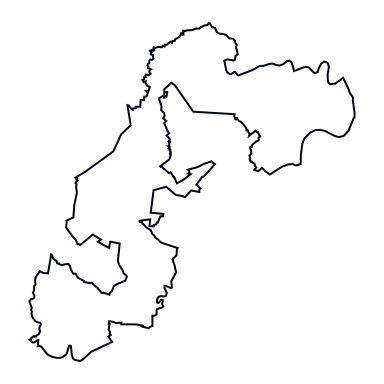 outline of Cosoleacaque, Veracruz, Mexico
{"feature_id": "50627088B31843590952822", "entity_name": "Cosoleacaque", "entity_type": "district", "adm_level": 2, "iso_a3": "MEX", "parent_name": "Mexico", "parent_adm1": "Veracruz", "projection": "albers", "projection_center": [-94.578, 18.006], "detail": "fine", "context": "isolated", "style": "outline", "palette": "ink", "viewbox_px": 384, "rotation_deg": 0, "n_neighbors": 0, "source": "geoboundaries", "source_scale": "gbopen_adm2", "svg_char_len": 5872}
<svg xmlns="http://www.w3.org/2000/svg" viewBox="0 0 384 384"><path d="M153.4,48.6L154.2,50.1L153.7,50.7L151.5,50.1L149.9,50.6L150.2,51.2L151.8,51.5L152.0,52.1L150.7,53.3L150.7,54.3L153.0,55.2L152.9,56.8L153.6,58.4L152.0,59.9L150.3,59.5L149.4,60.8L149.2,63.3L147.9,63.6L147.5,65.1L148.3,66.6L148.2,68.0L150.8,69.2L149.8,69.6L149.4,72.1L150.6,73.7L148.6,75.1L145.9,74.5L145.3,75.8L145.9,77.1L144.1,77.2L144.2,79.2L142.4,80.0L143.7,82.0L145.7,81.3L145.4,82.6L147.1,85.8L149.8,86.9L148.6,90.8L146.2,90.9L147.9,92.6L146.8,95.8L146.1,96.6L144.2,96.7L144.1,100.0L140.6,100.0L140.3,106.8L135.7,106.8L135.7,108.2L132.9,108.6L132.8,109.7L131.2,108.8L129.1,105.7L127.5,105.2L130.7,125.3L121.4,134.0L113.2,151.5L84.9,172.0L75.4,177.8L77.1,178.5L76.5,179.8L77.4,180.4L75.5,182.9L76.6,184.1L76.1,187.3L76.9,192.8L74.3,205.1L73.4,217.4L66.4,220.7L66.7,222.3L66.0,227.3L71.9,235.6L75.9,240.0L77.5,244.3L78.7,243.9L80.1,245.1L92.8,234.6L101.0,239.6L97.9,241.8L109.1,248.1L110.3,241.7L119.7,243.5L117.9,260.8L118.9,264.4L122.6,270.3L123.7,273.5L126.4,275.5L126.9,276.6L125.3,280.7L116.9,284.1L113.8,286.2L112.0,290.9L109.8,292.9L109.4,294.7L103.8,292.8L101.8,293.0L97.8,288.3L91.6,282.8L89.5,283.1L83.9,281.9L83.8,280.9L77.9,277.7L75.7,273.7L73.4,273.8L70.6,268.9L70.0,266.1L68.4,263.9L63.8,264.5L62.1,265.3L59.0,264.0L59.0,263.5L57.2,263.4L56.5,260.9L53.8,259.3L52.9,258.0L52.0,254.9L51.2,254.5L48.0,273.4L43.4,273.0L39.8,271.2L36.4,276.1L35.1,279.1L35.4,284.6L34.2,286.2L34.1,290.5L32.9,292.8L34.5,295.9L34.2,297.6L32.5,299.1L31.2,298.9L29.4,301.1L31.7,308.0L31.1,309.9L31.9,311.8L31.5,313.4L32.3,317.0L35.1,320.9L36.8,322.1L39.5,322.6L40.6,323.5L40.8,324.5L39.6,327.0L39.3,329.4L40.1,330.8L40.0,331.8L38.8,334.1L36.3,335.8L36.0,336.6L34.7,336.7L34.0,336.0L31.3,338.0L31.0,339.1L29.4,339.8L32.3,342.3L33.4,342.5L34.5,342.4L37.5,340.1L38.3,340.0L37.8,346.2L39.6,345.8L41.6,347.0L46.7,353.6L48.3,355.0L52.4,356.9L56.9,357.9L60.2,357.8L62.4,357.2L65.7,354.9L66.9,353.3L68.8,346.7L69.3,345.8L70.3,345.6L71.0,346.2L71.8,354.9L72.9,358.4L75.1,360.0L80.4,361.0L83.9,358.5L91.2,351.8L112.1,341.9L108.5,336.6L110.7,335.1L109.6,333.5L110.0,332.0L108.6,329.6L109.5,324.2L108.8,324.1L109.2,321.2L113.5,321.9L116.5,323.2L121.4,322.5L121.3,324.3L136.4,324.4L141.6,325.5L141.5,326.1L142.5,326.2L142.7,325.6L143.1,325.7L142.7,326.8L148.7,328.2L149.9,326.9L152.4,325.9L152.4,315.7L154.7,315.7L156.6,314.5L156.5,310.2L157.0,309.1L162.5,307.3L163.3,306.4L162.0,303.6L162.8,301.4L162.7,300.1L161.2,299.7L159.3,302.3L157.9,303.0L157.1,302.4L156.9,300.6L157.7,298.0L158.6,296.9L160.8,296.1L164.2,296.5L166.0,295.9L166.8,292.8L164.5,288.2L164.5,286.1L165.9,285.8L170.1,287.8L171.6,287.8L171.9,287.2L171.3,281.2L176.1,272.4L174.5,265.1L172.5,259.6L173.6,257.9L176.5,255.4L176.9,249.2L177.6,248.0L162.1,243.0L159.8,241.5L158.1,239.5L155.3,237.8L154.3,235.5L152.3,233.9L150.8,230.2L146.4,227.5L143.2,223.9L142.4,223.7L141.9,221.7L140.0,222.0L139.6,221.0L138.7,220.8L150.2,219.3L149.5,226.0L152.9,226.4L153.0,225.8L153.9,225.8L153.9,224.9L156.3,224.4L156.8,222.5L157.6,222.7L160.4,216.3L162.9,216.4L163.5,213.9L150.7,212.7L153.6,190.2L166.2,186.8L175.6,194.8L183.0,196.2L184.9,197.3L191.2,190.5L199.3,192.0L199.4,189.3L200.4,188.5L196.4,184.8L202.3,176.8L203.7,176.6L214.9,164.3L211.4,161.3L204.3,163.7L197.6,167.1L187.9,169.7L189.2,170.9L189.4,172.5L188.0,173.6L190.7,174.2L182.9,180.1L176.9,183.3L174.2,177.0L173.6,177.2L170.5,172.1L169.1,173.2L161.4,166.5L160.8,166.9L160.1,166.3L169.2,159.6L170.8,155.1L170.1,154.5L170.6,153.7L170.0,153.2L170.9,152.2L169.7,150.6L170.4,149.9L168.9,148.6L169.5,148.1L168.9,147.7L169.5,146.8L168.8,146.4L169.3,146.4L169.1,142.4L170.0,142.3L169.7,140.6L169.0,140.7L170.1,139.4L166.6,135.4L169.2,133.4L167.4,130.6L164.2,123.1L166.3,121.0L163.1,118.2L164.6,116.1L164.2,113.2L161.1,110.0L161.6,106.4L159.3,99.9L159.3,98.2L164.0,95.1L164.0,97.6L164.5,97.6L164.5,95.7L166.4,96.5L167.3,92.2L166.8,91.9L164.3,92.8L164.2,89.3L171.4,82.7L175.0,85.4L193.3,111.7L234.6,114.2L234.2,116.4L235.3,119.2L235.8,119.4L236.4,118.0L236.9,118.0L239.0,121.0L240.9,121.8L243.2,124.1L246.1,127.9L246.5,130.0L247.0,129.6L247.8,130.3L248.5,132.6L249.7,133.7L249.1,135.7L255.7,130.7L257.3,132.4L258.3,132.3L259.1,135.2L260.1,136.4L258.4,137.9L258.9,139.6L258.5,140.4L256.3,141.3L252.3,144.9L251.7,146.9L250.4,146.8L250.1,148.0L251.2,151.0L251.3,153.3L250.4,154.9L249.4,155.4L250.3,158.2L249.7,158.7L249.7,159.5L250.6,161.6L251.1,161.9L251.7,161.5L254.9,164.3L254.7,165.5L256.3,167.5L254.3,169.8L258.3,171.2L262.0,167.8L265.4,171.3L269.9,174.5L281.8,166.8L287.5,164.6L292.6,163.9L295.4,165.3L296.5,165.3L300.6,164.2L300.9,154.6L302.3,143.8L304.4,138.4L310.3,132.5L315.9,130.0L320.3,129.9L324.8,130.9L335.1,136.1L339.0,137.0L342.5,136.3L344.0,135.7L348.5,130.8L353.6,118.3L354.5,117.2L354.6,112.9L352.8,100.4L353.0,97.5L349.7,92.6L348.5,88.9L343.1,77.8L335.5,83.5L330.2,84.2L328.5,82.9L327.8,80.3L327.7,74.0L328.9,67.1L327.9,63.3L326.5,62.1L324.0,61.7L321.1,63.8L318.9,67.9L317.7,72.1L315.6,72.9L313.9,72.7L308.7,67.3L306.1,66.9L303.2,67.5L294.1,71.1L291.8,62.8L290.7,61.5L288.8,60.6L286.8,61.3L283.2,64.1L279.7,65.6L276.2,65.0L272.6,63.6L269.6,63.9L263.7,65.8L259.5,66.1L252.0,70.2L238.6,75.3L237.6,75.2L235.2,72.0L234.1,72.0L231.5,74.0L230.0,74.3L227.3,72.3L226.2,70.1L224.3,60.7L227.2,59.4L233.6,60.5L234.8,59.9L235.6,55.8L237.6,54.4L237.2,51.2L235.9,47.6L236.7,45.1L235.3,42.7L234.8,40.6L233.1,38.8L229.4,38.3L226.2,35.1L223.3,34.0L220.0,33.9L217.1,32.3L216.2,31.2L215.1,27.9L211.8,27.0L210.0,23.5L208.7,23.0L207.6,25.0L204.5,25.5L200.8,27.2L199.4,28.6L196.0,28.6L192.1,30.1L186.6,30.4L185.6,31.0L182.5,30.6L183.9,31.5L183.3,32.8L183.4,34.8L182.8,34.8L182.1,33.2L181.1,33.2L180.7,35.0L178.8,37.3L175.2,39.3L174.7,40.9L172.4,41.1L171.9,42.9L170.3,41.7L167.1,44.6L164.8,44.7L164.6,46.4L162.7,45.7L161.8,47.3L158.9,46.9L155.1,47.8L153.8,47.3L153.4,48.6Z" fill="none" stroke="#020617" stroke-width="2"/></svg>